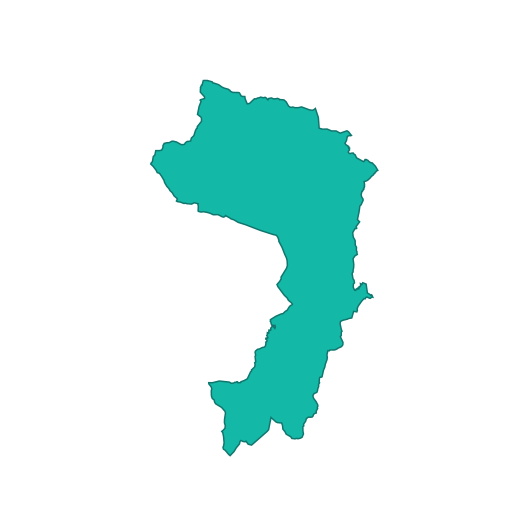 outline of Stulpicani, Suceava, Romania, rotated 49°
{"feature_id": "2599482B89985911923271", "entity_name": "Stulpicani", "entity_type": "district", "adm_level": 2, "iso_a3": "ROU", "parent_name": "Romania", "parent_adm1": "Suceava", "projection": "equal_earth", "projection_center": [25.775, 47.4], "detail": "fine", "context": "isolated", "style": "filled", "palette": "teal", "viewbox_px": 512, "rotation_deg": 49, "n_neighbors": 0, "source": "geoboundaries", "source_scale": "gbopen_adm2", "svg_char_len": 6156}
<svg xmlns="http://www.w3.org/2000/svg" viewBox="0 0 512 512"><g transform="rotate(49 256 256)"><path d="M389.7,406.5L389.1,400.6L387.8,396.7L387.0,391.8L385.4,389.6L385.3,388.5L387.6,387.4L389.1,386.1L389.2,385.0L392.9,385.4L395.8,383.4L395.7,362.8L395.4,360.5L387.7,350.6L394.4,349.8L395.8,349.1L398.9,346.2L401.5,347.3L404.3,349.3L407.7,349.4L410.2,350.1L415.4,348.3L417.1,348.7L419.6,346.5L420.3,345.0L421.4,344.3L422.7,341.8L423.0,340.0L421.4,336.9L419.3,335.7L415.5,332.6L415.6,331.4L414.1,330.4L413.3,327.0L411.8,324.7L411.9,322.3L413.9,320.0L414.4,319.1L414.3,318.2L413.3,316.3L413.4,314.7L414.0,313.6L412.5,312.2L411.5,309.5L410.4,309.0L409.9,307.8L408.9,307.1L405.3,306.2L401.2,305.9L398.9,304.9L397.9,302.7L398.8,299.5L398.0,298.0L396.6,296.3L395.5,294.2L394.0,293.1L393.4,291.2L392.6,291.1L389.7,288.1L389.5,287.0L390.2,286.5L390.5,285.4L386.4,279.9L385.0,277.0L383.1,274.6L380.8,270.4L379.2,268.6L377.3,267.5L374.7,264.1L374.6,263.8L375.6,263.0L375.4,262.3L376.1,261.0L378.2,258.7L378.9,257.3L379.4,255.2L379.3,254.7L380.4,251.4L380.3,249.5L379.8,248.5L378.2,247.0L372.2,245.3L372.0,243.9L369.3,241.4L369.2,240.4L367.4,239.8L362.3,237.0L360.8,235.1L361.5,232.6L363.6,228.5L364.0,227.0L365.6,224.4L361.8,218.6L364.3,216.6L363.6,215.2L362.2,214.3L360.9,211.9L359.4,205.8L359.0,202.4L359.9,201.8L359.4,200.3L359.7,199.3L362.6,197.8L362.9,197.5L363.0,195.4L363.7,194.9L361.5,194.2L361.0,194.4L361.2,195.0L360.9,195.2L359.6,195.3L357.0,196.2L349.4,191.3L346.2,193.0L346.9,194.7L345.4,195.3L346.9,196.3L347.3,197.0L347.1,197.4L347.3,197.9L346.9,197.9L346.8,198.3L347.4,199.5L347.9,199.7L347.3,200.1L347.9,200.4L347.6,201.1L346.9,201.3L346.7,202.4L347.4,203.3L346.5,204.0L343.3,203.1L341.0,200.8L340.9,199.3L338.6,197.9L336.7,197.7L332.2,194.9L331.7,193.1L330.7,192.4L328.8,189.9L326.6,187.8L321.7,184.5L320.8,181.2L321.3,178.5L319.9,177.9L319.2,177.1L317.5,176.5L315.3,174.4L313.0,174.0L309.3,171.0L305.6,170.2L301.9,167.8L300.3,163.6L301.1,162.4L301.1,161.7L299.5,161.3L298.2,155.4L295.1,155.6L290.4,149.4L286.4,144.8L286.3,143.1L284.3,138.7L283.3,137.9L280.7,137.5L278.7,136.4L276.9,133.9L277.0,133.3L276.6,133.0L276.8,132.4L276.1,131.3L276.3,130.7L275.5,130.3L275.5,129.7L274.7,128.4L274.0,128.2L273.7,127.5L270.8,125.6L271.9,123.0L272.1,121.4L272.0,118.2L271.6,116.9L271.8,114.1L271.3,112.9L271.6,112.2L271.0,111.0L271.2,110.3L270.9,109.2L271.3,107.9L266.6,107.0L262.0,107.2L260.6,108.3L258.8,108.8L257.3,108.8L255.2,109.7L255.3,110.4L254.8,110.6L255.5,112.6L255.0,113.1L247.9,115.7L244.6,114.8L242.8,115.3L242.0,115.1L240.7,117.0L240.6,117.7L239.3,118.4L238.4,118.3L237.7,117.7L237.3,115.8L235.6,115.3L235.8,114.6L234.4,114.9L234.1,114.2L231.0,115.1L229.3,114.9L228.3,112.1L225.8,108.8L226.0,107.0L227.3,105.7L227.6,104.9L223.0,104.7L221.2,105.2L218.5,111.9L214.2,113.5L211.1,117.0L206.9,119.0L203.9,122.6L201.0,124.5L192.4,118.1L183.6,114.4L183.5,116.4L183.0,117.9L180.7,119.8L173.4,123.8L171.7,126.9L169.6,129.3L167.7,130.5L166.9,132.0L166.2,132.5L164.3,133.1L159.5,132.1L156.5,132.5L154.0,134.9L153.7,135.6L152.5,135.6L151.0,136.5L150.5,137.7L149.0,139.6L146.8,140.7L145.4,143.2L146.0,144.1L145.9,144.5L145.6,144.8L144.0,144.5L142.2,145.0L141.4,146.6L139.1,148.3L138.6,150.0L137.8,151.1L137.5,152.8L136.3,154.1L136.6,160.9L135.4,162.8L130.3,161.1L128.3,159.8L126.6,161.6L125.5,162.2L122.1,161.5L121.3,161.8L117.2,166.3L114.7,167.3L114.0,167.0L111.8,167.6L108.5,169.8L106.3,170.8L102.2,171.8L97.9,174.3L97.5,174.9L95.8,174.8L91.6,177.6L89.3,180.2L89.0,180.7L91.4,184.2L91.3,184.9L91.8,185.0L91.6,185.6L92.5,187.5L93.0,187.6L93.3,188.2L95.8,190.5L102.0,190.4L103.4,191.5L101.6,195.5L101.9,196.0L103.3,196.0L105.8,200.8L110.8,207.3L115.1,206.4L116.4,206.9L118.6,208.8L119.8,215.4L121.0,216.6L120.8,217.3L121.6,219.4L124.4,223.9L124.6,227.5L126.3,229.8L125.5,231.4L124.4,232.7L124.2,235.0L124.8,236.6L124.5,237.3L123.0,239.3L117.8,241.2L115.1,243.1L114.2,244.2L113.5,247.2L112.3,248.6L111.2,250.5L111.2,251.1L110.8,251.4L111.6,253.7L113.1,255.1L114.2,257.7L113.2,259.6L110.7,262.5L113.1,265.6L113.5,266.5L113.5,268.2L116.6,272.0L117.0,272.9L116.9,273.7L117.5,275.1L120.8,274.8L125.6,275.1L128.3,275.8L130.3,274.6L133.7,274.9L138.6,275.8L140.6,276.8L145.0,277.6L147.8,277.5L150.2,278.0L153.4,277.7L156.9,278.4L161.0,277.8L161.4,278.0L162.3,280.0L163.3,279.7L165.6,277.8L169.1,275.9L169.8,274.7L171.1,273.9L174.6,270.5L175.3,267.7L178.5,265.4L178.9,266.0L180.5,266.8L184.1,270.2L184.9,270.0L186.8,268.6L188.0,266.7L191.0,264.3L193.6,262.6L196.8,261.2L199.9,257.5L204.4,255.7L205.5,254.8L205.8,253.5L205.5,252.5L210.4,250.7L211.2,250.7L214.3,248.9L218.9,247.4L225.6,243.3L239.4,236.0L251.3,228.8L253.1,227.4L254.4,227.0L256.7,227.4L259.3,228.5L259.8,229.1L266.7,230.7L273.3,233.1L277.5,234.3L280.0,235.6L283.8,238.6L285.3,241.1L288.4,251.0L289.7,251.9L290.7,254.8L291.3,258.9L293.6,259.6L304.2,260.4L308.2,260.0L310.7,260.6L314.3,260.0L316.2,260.1L316.5,260.7L316.0,262.7L316.3,264.7L317.4,268.1L317.0,270.1L317.2,273.3L316.1,275.4L314.5,280.6L313.5,286.9L314.3,287.4L314.5,288.0L315.8,288.2L317.0,289.0L318.9,289.5L319.3,288.6L320.7,287.8L320.9,287.2L322.4,288.1L323.0,289.3L320.7,289.2L319.7,290.0L320.2,292.3L321.5,293.3L321.6,293.7L320.4,294.8L322.5,297.0L321.3,297.7L323.0,299.3L323.0,300.0L325.3,300.5L325.6,301.0L325.5,301.6L324.6,302.0L324.5,302.5L325.1,303.1L326.7,302.9L327.2,303.3L327.6,304.0L327.4,305.0L328.8,306.2L330.0,307.9L330.3,308.7L330.1,309.8L329.2,311.2L328.4,314.4L327.4,316.1L327.4,318.8L328.1,319.9L330.7,321.4L331.2,322.6L335.7,325.7L335.7,327.0L337.3,327.9L338.6,329.4L338.9,330.2L339.0,334.1L339.8,334.7L339.9,336.2L343.0,343.1L342.2,346.8L341.0,349.9L341.5,350.6L341.1,351.3L340.0,352.3L339.9,352.8L338.7,352.6L338.3,353.0L338.2,354.1L337.4,354.8L337.2,356.3L335.8,358.2L333.6,358.9L326.3,365.7L323.0,372.1L320.6,374.8L321.6,375.5L325.4,375.7L327.2,376.5L328.5,378.3L332.3,381.4L334.9,382.5L337.0,382.0L339.2,383.1L341.1,383.4L347.7,381.3L352.8,381.3L353.7,381.6L354.8,382.4L358.7,387.0L361.1,389.2L363.9,390.5L365.6,392.4L366.0,394.7L365.9,396.9L367.6,397.0L371.2,399.1L375.9,402.5L378.0,404.9L378.6,406.3L380.4,407.3L382.4,406.7L387.9,406.8L389.7,406.5Z" fill="#14b8a6" stroke="#0f766e" stroke-width="1.5"/></g></svg>